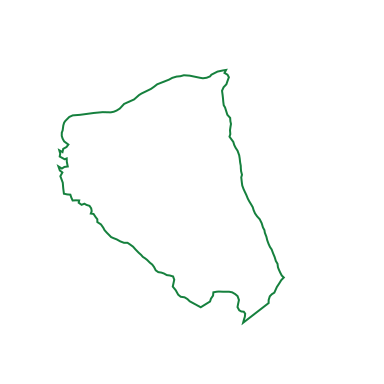 outline of Iepê, São Paulo, Brazil, rotated 142°
{"feature_id": "56859067B81358319526354", "entity_name": "Iepê", "entity_type": "district", "adm_level": 2, "iso_a3": "BRA", "parent_name": "Brazil", "parent_adm1": "São Paulo", "projection": "robinson", "projection_center": [-51.054, -22.634], "detail": "fine", "context": "isolated", "style": "outline", "palette": "green", "viewbox_px": 384, "rotation_deg": 142, "n_neighbors": 0, "source": "geoboundaries", "source_scale": "gbopen_adm2", "svg_char_len": 2661}
<svg xmlns="http://www.w3.org/2000/svg" viewBox="0 0 384 384"><g transform="rotate(142 192 192)"><path d="M285.1,226.6L283.7,222.5L283.9,218.5L284.4,215.8L284.2,212.5L283.8,209.2L283.5,206.3L282.4,204.2L280.5,201.0L278.9,197.2L276.9,193.9L274.1,191.7L273.2,189.0L272.1,185.2L271.9,181.6L271.4,177.0L270.8,173.7L270.7,171.2L269.8,168.6L269.2,166.2L268.7,162.2L268.0,159.3L268.1,156.2L268.8,152.6L267.9,149.6L265.8,147.4L264.3,145.1L263.0,142.0L260.9,139.9L258.9,137.1L260.0,133.8L265.4,129.3L265.3,124.6L266.1,119.6L265.4,116.4L262.7,113.6L261.5,110.4L261.1,107.3L256.1,95.8L245.2,94.6L242.7,96.3L239.2,97.4L236.9,99.8L233.9,98.2L232.1,97.0L228.7,94.1L224.1,90.5L222.1,88.2L220.8,84.9L220.2,81.9L221.5,78.0L224.6,75.4L227.0,73.3L227.6,69.7L226.7,67.5L224.9,65.8L225.0,63.4L227.2,61.1L229.3,59.7L232.2,57.5L200.0,57.3L198.1,59.7L194.9,61.9L192.1,62.3L189.1,62.0L186.8,63.2L183.6,64.9L179.7,66.2L175.9,67.6L172.3,68.1L172.7,70.9L172.1,74.2L171.3,77.5L170.6,79.8L168.8,82.8L168.4,86.0L166.9,89.9L165.9,93.6L164.6,97.7L164.4,100.7L163.6,104.0L162.4,107.7L160.9,111.0L159.7,115.0L158.4,117.4L157.9,120.4L156.3,124.5L155.4,128.9L155.7,132.8L155.5,136.4L154.6,139.8L153.5,142.6L153.1,145.4L152.6,149.6L152.1,152.4L151.0,156.3L150.2,159.9L149.5,162.8L148.4,166.2L146.7,169.1L145.4,171.2L144.2,173.2L142.0,174.8L140.5,178.2L139.0,180.5L137.4,182.7L135.9,185.6L133.8,189.0L132.2,191.9L130.7,196.5L130.4,200.1L129.8,203.0L128.6,206.1L128.5,209.8L128.4,212.5L126.2,214.0L124.0,217.3L121.3,219.9L119.4,221.6L118.2,224.1L116.3,226.9L116.6,231.1L115.1,235.1L113.9,238.3L113.6,240.8L111.7,244.0L110.0,246.6L108.1,249.7L106.0,253.3L102.6,255.1L98.6,255.7L95.7,257.6L92.3,259.7L91.8,262.6L93.1,265.8L90.0,267.2L92.7,268.7L97.8,271.2L104.5,272.5L106.6,272.0L110.1,273.0L113.4,274.9L115.4,277.1L118.2,280.4L122.2,285.1L126.5,289.0L129.9,290.4L133.0,292.4L137.3,294.1L141.0,294.7L153.1,298.3L157.0,298.3L160.9,298.5L171.2,300.7L174.0,301.0L180.7,300.6L191.2,303.2L197.6,302.2L201.3,302.6L204.2,303.4L207.0,304.8L213.2,309.9L220.5,314.6L232.8,321.8L238.8,325.8L242.5,326.7L248.0,326.0L250.0,325.4L252.4,323.7L256.0,320.2L258.1,318.9L260.1,316.4L261.1,313.7L261.6,310.6L260.2,305.5L263.2,304.7L266.9,305.3L269.5,303.2L270.9,306.6L272.2,303.4L274.4,301.4L272.2,296.2L270.1,295.6L272.1,292.8L274.2,288.6L277.1,290.3L280.1,290.6L281.5,294.4L282.9,290.3L282.1,287.2L286.0,285.5L288.1,278.9L291.0,274.5L294.0,269.5L291.8,266.9L289.5,264.8L290.5,262.0L291.3,258.8L288.7,257.0L286.1,254.8L287.9,253.3L286.9,249.9L284.0,249.0L283.1,246.8L281.3,244.2L281.5,241.2L282.8,238.7L285.0,237.3L283.1,235.3L283.4,231.4L283.4,228.8L285.1,226.6Z" fill="none" stroke="#15803d" stroke-width="2"/></g></svg>